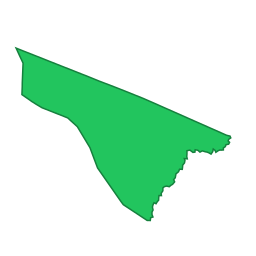 Barro Alto, Bahia, Brazil (Robinson projection), rotated 172°
{"feature_id": "56859067B11777623458278", "entity_name": "Barro Alto", "entity_type": "district", "adm_level": 2, "iso_a3": "BRA", "parent_name": "Brazil", "parent_adm1": "Bahia", "projection": "robinson", "projection_center": [-41.879, -11.85], "detail": "fine", "context": "isolated", "style": "filled", "palette": "green", "viewbox_px": 256, "rotation_deg": 172, "n_neighbors": 0, "source": "geoboundaries", "source_scale": "gbopen_adm2", "svg_char_len": 1334}
<svg xmlns="http://www.w3.org/2000/svg" viewBox="0 0 256 256"><g transform="rotate(172 128 128)"><path d="M28.1,105.8L31.4,107.1L93.0,145.4L96.0,147.3L98.6,148.9L109.0,155.3L133.8,169.5L150.8,178.9L156.8,182.4L162.3,185.6L166.1,187.7L185.5,198.7L211.0,213.2L220.2,218.4L227.7,222.7L227.0,220.4L225.4,215.0L223.6,209.2L222.9,206.8L226.4,187.5L227.0,183.6L228.4,175.8L221.2,169.2L219.7,167.7L218.2,166.5L215.9,164.5L210.3,160.0L186.3,146.4L183.6,143.1L178.0,136.4L175.1,129.6L172.0,122.3L170.4,118.5L169.5,116.4L168.4,113.8L163.7,92.7L147.5,60.7L145.1,56.0L143.3,52.7L121.9,33.8L118.8,33.3L118.1,36.0L115.7,36.4L116.3,39.1L115.9,41.5L114.6,43.3L114.8,46.3L113.9,48.5L112.6,50.4L110.8,49.1L109.3,50.9L107.7,52.3L107.3,54.6L106.7,56.8L104.3,56.4L104.3,58.6L102.2,61.0L101.8,63.8L100.1,64.9L97.8,65.1L95.3,64.1L93.5,65.3L91.7,66.0L89.3,68.2L90.0,70.5L88.1,72.2L86.9,75.9L84.1,77.6L82.7,80.0L80.0,79.5L79.4,81.7L79.0,83.6L76.9,85.6L76.1,88.0L76.5,89.9L73.6,89.2L73.8,91.4L73.2,94.3L72.8,97.3L69.8,97.5L67.1,94.8L65.1,94.8L64.5,97.1L61.9,96.2L60.1,94.1L57.6,95.0L54.8,93.7L53.0,93.1L51.3,92.1L49.4,90.6L47.4,92.8L46.5,95.3L44.9,93.7L44.4,91.7L42.0,92.9L40.3,93.4L38.5,93.1L36.6,93.0L36.3,95.0L34.2,96.0L33.3,97.8L30.6,98.0L29.4,99.7L30.7,101.2L29.8,102.8L27.6,103.9L28.1,105.8Z" fill="#22c55e" stroke="#15803d" stroke-width="1.5"/></g></svg>